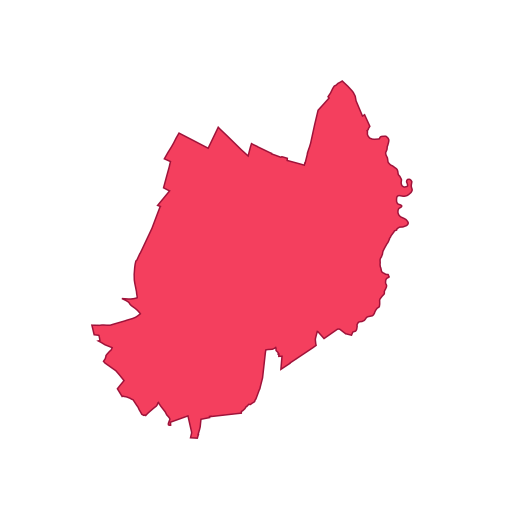 Brates, Covasna, Romania (Equal Earth projection), rotated 108°
{"feature_id": "2599482B24019470005720", "entity_name": "Brates", "entity_type": "district", "adm_level": 2, "iso_a3": "ROU", "parent_name": "Romania", "parent_adm1": "Covasna", "projection": "equal_earth", "projection_center": [26.08, 45.839], "detail": "fine", "context": "isolated", "style": "filled", "palette": "rose", "viewbox_px": 512, "rotation_deg": 108, "n_neighbors": 0, "source": "geoboundaries", "source_scale": "gbopen_adm2", "svg_char_len": 6125}
<svg xmlns="http://www.w3.org/2000/svg" viewBox="0 0 512 512"><g transform="rotate(108 256 256)"><path d="M145.2,331.7L168.3,334.8L165.6,350.8L162.9,367.2L168.5,368.4L173.8,369.2L178.2,370.1L184.6,371.7L191.9,373.2L192.6,366.5L196.7,366.2L197.0,366.1L208.1,365.6L219.7,365.0L220.8,358.6L220.8,358.3L225.9,360.3L238.3,365.2L238.4,362.3L238.7,362.4L244.4,362.7L261.8,363.5L285.6,366.5L289.2,367.0L289.6,367.2L295.6,367.9L296.7,368.0L297.1,368.3L298.0,368.7L301.2,368.4L304.5,367.8L311.1,366.2L316.5,364.3L319.1,363.0L327.5,358.3L327.8,358.3L331.5,356.4L332.4,356.1L332.9,356.7L334.3,359.0L335.6,361.8L336.4,364.3L337.9,370.4L338.3,367.5L338.5,366.0L339.1,363.5L339.5,362.5L340.9,360.8L341.6,359.5L341.9,358.7L343.1,354.9L344.0,352.7L344.7,351.3L345.3,350.3L346.1,348.9L346.7,348.1L349.8,350.2L351.6,351.7L353.7,354.2L357.1,359.2L358.2,360.6L365.3,371.1L366.9,373.3L367.8,376.0L368.4,378.3L368.7,379.5L369.2,381.1L370.3,383.4L372.5,390.7L380.9,385.6L380.0,381.0L380.3,380.7L382.3,379.5L384.6,378.3L385.5,379.7L386.0,376.8L387.1,372.2L387.6,364.5L388.8,364.5L390.6,364.9L391.7,365.7L395.3,367.3L397.0,367.9L398.0,367.7L398.9,367.7L400.1,367.6L403.3,368.5L404.5,366.5L408.4,353.9L411.3,349.1L415.3,343.0L420.8,345.2L425.1,346.8L431.0,339.9L430.4,339.2L430.4,338.1L430.0,335.8L430.2,331.8L430.6,330.3L430.7,328.5L435.3,322.8L435.4,322.5L436.5,321.2L438.2,319.7L440.5,317.1L441.5,316.1L441.9,315.6L441.9,314.8L442.3,313.9L442.2,313.3L442.0,312.9L441.5,312.5L441.8,311.6L439.4,310.5L437.1,309.2L432.5,306.4L429.5,304.4L428.2,304.0L426.8,303.9L425.9,303.9L425.4,303.5L426.5,302.4L428.0,300.5L431.7,295.1L432.3,294.2L434.7,291.8L436.0,289.5L437.0,288.1L437.7,287.5L438.3,287.4L439.0,287.5L440.1,287.5L440.8,287.6L442.0,287.6L442.9,287.5L443.7,287.0L443.7,286.4L443.6,285.5L443.3,284.9L440.5,286.0L429.1,271.3L443.1,263.0L444.0,262.6L444.5,262.5L449.1,262.1L447.4,255.5L444.3,255.6L443.8,255.5L443.7,255.9L438.1,256.1L435.7,256.3L428.3,257.9L424.0,250.2L423.0,250.7L422.3,249.3L422.6,249.2L421.6,247.0L415.6,233.8L412.6,227.2L410.4,222.3L410.0,221.4L408.4,221.8L407.2,220.8L404.7,219.4L402.3,218.8L402.1,218.7L402.0,218.3L399.2,217.0L399.1,215.7L398.9,215.4L397.2,214.2L395.2,212.5L394.7,212.3L393.6,212.4L392.0,211.9L382.0,211.5L381.2,211.3L379.1,211.5L369.9,212.1L345.6,217.1L343.4,217.5L342.2,217.6L341.2,215.6L340.4,213.5L339.6,211.6L338.1,209.9L336.9,209.0L337.5,208.5L339.7,207.7L341.0,205.2L342.1,204.7L342.5,204.6L342.2,203.9L344.4,203.3L343.3,200.3L356.1,197.3L347.4,190.4L347.1,190.5L325.7,173.6L322.4,171.2L321.1,172.0L317.3,173.7L315.8,174.0L312.8,174.2L308.8,174.4L308.9,173.6L313.5,165.8L301.2,156.5L300.6,156.1L300.1,155.3L299.9,154.7L299.8,154.1L299.8,153.5L300.0,153.0L302.3,146.6L302.2,146.5L301.8,140.7L298.7,140.5L298.4,140.3L298.1,140.1L296.7,138.1L295.5,137.7L294.6,137.6L292.0,138.0L291.2,138.2L290.6,138.6L290.0,138.7L287.9,138.3L287.9,138.2L287.3,138.0L286.8,137.5L286.3,136.7L285.6,135.0L283.8,133.1L282.6,132.6L280.3,131.9L279.2,130.9L277.1,127.2L276.7,126.7L275.6,126.1L273.9,125.7L272.4,125.7L270.2,125.3L268.7,124.8L267.9,124.4L266.7,123.3L266.3,123.2L265.7,123.1L263.5,123.5L261.1,124.3L260.1,124.7L259.2,124.8L258.3,124.7L255.2,123.6L252.7,122.4L251.8,122.4L250.0,123.0L248.2,122.8L247.4,122.6L245.2,122.4L243.9,122.6L243.0,123.2L242.2,124.1L241.2,124.6L239.2,125.1L238.0,125.1L236.7,124.6L235.1,123.0L234.4,123.1L234.2,123.3L234.2,123.6L233.1,124.3L232.8,124.6L233.4,127.2L233.0,128.0L232.8,129.8L232.2,131.5L231.0,132.4L230.0,132.9L228.7,133.7L227.9,134.4L227.1,134.8L225.8,135.4L224.1,135.8L222.3,136.5L221.0,136.9L220.5,136.9L219.0,136.8L218.0,136.4L217.5,136.5L215.4,136.3L213.5,136.6L212.1,136.7L208.8,136.2L204.2,135.3L202.3,134.7L198.8,134.3L198.3,134.5L196.2,133.9L195.7,133.9L194.9,133.8L191.7,132.7L190.6,132.3L189.3,132.1L187.9,130.3L186.9,130.4L185.3,129.4L184.2,128.4L183.0,125.3L180.7,122.4L180.0,121.9L179.5,121.6L178.3,121.3L177.4,121.5L177.0,121.8L176.3,122.5L175.6,123.6L175.0,124.6L174.6,126.3L174.4,127.7L174.2,129.7L174.0,130.7L173.6,131.6L172.9,132.8L171.9,133.7L170.9,134.4L170.0,134.7L169.1,135.0L168.1,135.0L167.3,135.0L166.6,134.8L166.0,134.3L165.3,133.6L164.3,132.9L163.5,132.8L163.1,133.1L162.9,133.6L162.7,135.0L162.8,136.0L162.7,136.8L162.4,137.6L162.0,138.1L160.8,139.1L158.9,139.8L157.1,140.2L156.1,140.2L155.3,139.9L154.7,139.3L154.2,138.3L153.7,134.7L153.4,133.6L153.0,132.8L152.5,132.0L152.0,131.2L151.5,130.7L150.4,129.8L147.7,128.2L146.9,128.0L145.7,127.8L144.9,127.9L144.1,128.3L142.3,129.6L140.7,130.2L137.3,130.7L136.9,131.0L136.0,132.2L135.8,132.8L135.6,133.4L135.7,134.1L136.1,135.0L136.3,135.4L136.9,135.7L137.4,135.9L138.3,135.9L139.0,135.7L140.3,134.6L141.3,133.9L142.1,133.6L142.5,133.5L143.2,133.8L144.6,136.1L144.6,137.0L144.3,138.4L144.1,138.7L143.4,139.5L141.8,140.5L141.0,140.7L138.8,141.1L138.2,141.4L136.7,142.9L135.8,143.8L134.9,145.4L134.5,145.9L133.0,146.7L132.1,147.1L131.0,147.8L130.2,148.5L129.9,148.9L129.5,149.7L129.0,151.3L128.4,153.0L128.1,154.0L128.0,155.2L127.7,156.4L127.3,157.3L126.3,159.0L125.6,159.6L123.1,160.8L122.0,161.4L120.0,163.4L118.7,164.2L117.8,164.6L117.2,164.6L115.0,164.4L113.9,164.4L111.3,165.0L110.2,164.9L107.5,165.0L105.9,165.2L104.6,165.5L104.1,165.9L103.4,166.5L102.8,167.4L102.1,169.0L102.0,169.5L102.2,170.4L102.5,171.1L102.8,171.9L103.2,172.9L103.6,173.7L104.2,174.4L104.7,174.6L105.2,174.8L106.0,174.8L106.4,174.9L107.0,175.9L108.4,179.4L108.9,181.5L108.7,184.4L107.9,185.6L107.0,186.8L105.8,187.7L104.8,188.0L103.3,188.4L102.5,189.1L101.3,188.4L99.8,188.4L97.5,187.8L88.1,196.4L89.4,197.4L90.0,198.0L78.2,208.2L77.5,208.8L73.4,211.0L70.4,214.0L69.3,215.6L66.2,221.1L62.9,228.1L64.5,229.4L66.5,231.4L68.8,232.6L70.1,234.0L70.6,234.2L73.0,234.8L78.0,235.5L82.3,236.7L83.2,235.3L98.2,242.0L113.0,240.8L131.9,238.9L136.2,238.8L137.6,238.9L142.4,238.9L142.5,238.7L152.4,238.0L152.4,238.3L154.7,238.1L154.9,243.7L155.5,255.9L153.4,256.4L153.5,260.4L153.6,262.1L154.4,262.9L154.2,268.5L154.1,272.7L153.6,272.8L153.4,275.1L151.6,288.3L151.4,288.7L150.9,293.0L150.5,295.0L153.8,295.0L163.3,294.4L161.0,299.5L159.8,302.2L150.6,320.7L146.1,330.1L145.2,331.7Z" fill="#f43f5e" stroke="#9f1239" stroke-width="1.5"/></g></svg>